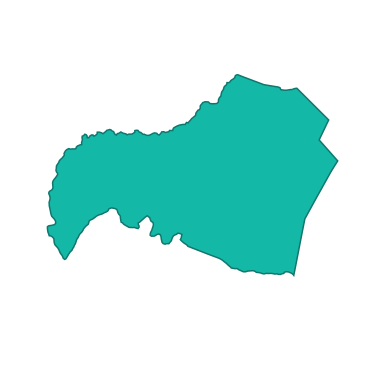 the district of Maracás, Bahia, Brazil, rotated 77°
{"feature_id": "56859067B13324935934873", "entity_name": "Maracás", "entity_type": "district", "adm_level": 2, "iso_a3": "BRA", "parent_name": "Brazil", "parent_adm1": "Bahia", "projection": "albers", "projection_center": [-40.57, -13.536], "detail": "fine", "context": "isolated", "style": "filled", "palette": "teal", "viewbox_px": 384, "rotation_deg": 77, "n_neighbors": 0, "source": "geoboundaries", "source_scale": "gbopen_adm2", "svg_char_len": 5059}
<svg xmlns="http://www.w3.org/2000/svg" viewBox="0 0 384 384"><g transform="rotate(77 192 192)"><path d="M140.4,319.7L142.0,319.5L143.4,318.8L144.9,319.1L145.8,320.0L146.7,321.0L147.7,322.2L148.8,323.6L149.8,324.7L151.0,325.5L152.2,325.9L154.0,326.1L156.1,326.4L157.3,326.9L158.5,328.2L159.1,330.2L159.9,331.4L161.3,331.9L163.1,331.6L164.9,331.5L166.7,331.8L167.9,332.4L169.8,333.5L171.7,333.9L173.8,334.2L176.2,334.2L179.3,334.3L181.5,334.4L183.9,334.2L185.6,333.3L186.9,332.5L188.4,331.9L190.1,331.5L192.0,332.0L192.9,333.5L192.9,336.5L192.7,339.0L193.2,340.6L194.6,341.0L195.9,341.2L198.7,341.4L200.7,341.1L202.5,341.0L203.1,339.3L204.4,338.1L206.4,337.1L207.9,337.3L209.6,337.6L211.4,337.6L212.8,337.3L215.3,335.9L216.4,335.3L218.8,334.6L221.5,334.2L223.1,333.6L224.3,333.0L225.6,332.6L227.5,332.4L229.0,331.3L228.8,330.0L227.3,328.5L226.1,327.3L225.1,326.5L224.1,325.3L223.1,324.3L222.4,323.1L221.4,321.7L220.2,320.9L219.2,319.7L217.5,318.6L216.4,317.5L215.3,316.7L213.8,315.9L212.2,314.9L210.9,313.4L209.7,312.4L208.3,311.4L207.2,309.9L206.0,308.0L204.5,306.6L203.4,305.8L202.3,304.4L201.5,303.2L200.9,302.2L200.2,300.5L198.8,299.5L197.3,298.9L196.5,297.5L196.2,295.9L195.9,294.6L195.0,292.5L194.0,290.5L193.4,288.2L193.3,286.2L193.2,284.7L192.9,283.4L192.5,282.2L192.2,280.3L191.7,278.6L191.0,277.7L189.9,277.0L189.5,275.5L189.4,273.8L190.1,272.4L190.8,270.7L192.1,269.2L193.7,268.9L195.3,268.9L197.3,268.3L198.4,267.6L199.6,267.3L201.0,267.6L202.4,267.7L204.3,267.8L205.6,267.8L206.3,266.7L207.9,265.9L209.3,264.6L210.9,262.8L212.3,261.3L212.9,259.4L213.4,257.4L213.6,256.1L214.5,254.7L215.5,252.8L214.4,251.5L213.2,251.2L211.5,251.6L210.1,251.4L209.7,250.0L209.1,248.8L208.1,247.1L207.2,245.4L206.4,244.0L205.6,242.3L205.1,240.9L206.6,239.7L207.8,238.9L209.5,238.9L211.4,238.4L212.8,236.9L214.9,236.9L216.8,237.7L218.6,238.9L220.1,239.7L221.5,240.9L222.9,241.9L224.7,242.5L225.9,241.5L226.5,238.7L226.1,237.1L225.5,235.7L225.4,234.1L226.3,232.6L228.5,232.2L230.8,232.5L232.3,232.5L234.3,232.5L235.8,231.7L236.8,229.9L236.6,228.4L237.2,226.2L235.7,224.3L234.9,223.1L232.6,221.8L231.4,220.8L230.5,219.8L230.0,218.4L229.8,216.6L228.9,215.0L229.9,212.9L231.0,211.4L233.0,212.3L234.4,212.9L235.8,214.1L237.6,213.0L239.0,212.0L240.4,210.9L241.3,209.9L242.5,208.9L244.0,208.2L256.4,190.0L262.9,180.2L264.1,178.9L265.5,177.5L266.9,176.5L268.1,175.5L269.5,174.4L271.4,173.2L273.5,171.6L274.9,170.8L275.5,169.4L276.4,167.3L276.7,165.3L278.3,163.9L279.3,162.5L280.1,161.5L281.3,159.9L281.8,157.7L281.6,155.5L281.9,153.4L282.2,151.3L282.5,149.9L283.3,148.7L284.8,147.3L285.5,145.1L286.4,143.2L287.4,141.7L288.0,140.2L288.0,138.0L288.6,135.8L288.9,134.5L289.1,133.1L289.7,131.6L290.6,129.8L290.8,127.7L291.7,126.4L292.2,124.4L291.9,122.7L292.0,120.9L291.0,120.0L290.9,118.2L291.5,116.1L292.8,114.3L293.8,113.0L295.0,112.1L296.1,111.6L289.5,108.6L259.4,95.2L243.6,88.1L226.1,72.5L218.4,65.5L204.1,52.6L199.0,47.6L194.5,43.0L169.9,56.4L156.4,45.7L154.4,44.1L152.6,42.6L118.5,64.0L114.5,66.5L114.3,68.0L114.4,69.9L114.7,71.7L114.3,73.1L114.2,75.4L114.0,77.5L113.7,78.8L113.2,80.1L112.3,82.4L110.2,82.8L109.1,84.4L107.8,87.6L103.6,97.8L90.9,116.9L88.3,120.6L87.9,121.8L88.3,123.5L90.2,124.7L91.0,126.0L91.5,127.5L92.2,129.2L93.4,130.4L93.7,131.8L93.3,133.3L94.4,133.7L95.6,134.8L96.2,136.2L97.0,137.2L98.2,137.8L99.5,138.7L101.3,140.6L103.3,141.6L105.1,142.3L106.1,143.9L107.8,145.3L109.0,145.7L110.5,146.2L111.3,147.8L111.2,149.3L110.9,150.7L110.5,152.8L109.7,154.7L108.0,155.7L107.4,157.5L107.0,159.0L107.2,160.2L107.3,161.4L108.4,162.7L109.2,163.8L110.1,164.7L111.4,164.9L112.6,165.4L113.5,166.4L113.6,167.7L114.7,169.0L116.0,170.4L118.2,171.3L119.1,173.2L119.8,174.4L120.4,175.8L121.8,177.5L122.7,178.9L123.8,180.2L123.0,181.5L123.6,182.5L124.7,183.4L124.3,184.7L124.1,186.0L124.0,187.5L124.0,189.2L124.3,191.5L124.8,193.4L125.5,195.6L126.4,196.3L127.8,197.0L127.4,198.2L127.0,200.1L128.1,200.9L128.0,202.7L128.0,204.7L126.9,205.9L126.6,208.0L128.0,209.4L129.1,211.2L128.2,212.5L126.9,213.1L126.0,215.1L126.1,217.0L126.7,219.0L127.1,221.1L126.7,223.2L125.7,224.6L124.9,225.6L124.8,226.9L123.6,227.6L122.5,228.5L121.6,230.0L119.8,230.8L119.3,232.4L119.3,233.9L120.8,234.2L121.6,236.0L122.1,238.1L121.6,239.3L121.4,240.6L121.7,242.4L120.5,243.3L119.6,245.1L118.8,246.4L117.5,247.8L118.4,250.2L118.3,251.6L119.5,252.8L118.4,254.1L116.8,254.6L115.5,254.8L114.5,256.2L113.3,256.9L112.6,258.1L112.7,259.6L112.8,261.3L113.6,262.3L114.3,263.9L115.2,265.6L113.9,266.9L112.8,268.9L112.4,270.9L114.0,271.3L114.8,272.7L115.3,273.8L115.4,275.2L114.2,275.6L113.8,276.9L114.4,278.8L115.9,280.4L115.5,281.9L113.8,281.6L112.5,282.1L111.6,283.4L112.7,285.0L112.9,286.4L114.5,287.0L116.3,287.0L117.7,287.7L119.0,288.5L121.0,288.8L120.9,290.4L121.1,291.6L121.4,293.3L122.3,294.7L123.6,295.3L123.6,296.9L123.1,298.8L122.9,300.8L122.0,302.3L122.5,304.4L123.4,306.0L124.4,306.9L125.7,308.0L127.4,308.1L128.8,309.8L129.7,310.9L130.3,312.1L131.0,313.3L131.8,314.3L133.4,315.3L134.9,317.1L136.3,318.3L138.2,318.8L140.4,319.7Z" fill="#14b8a6" stroke="#0f766e" stroke-width="1.5"/></g></svg>